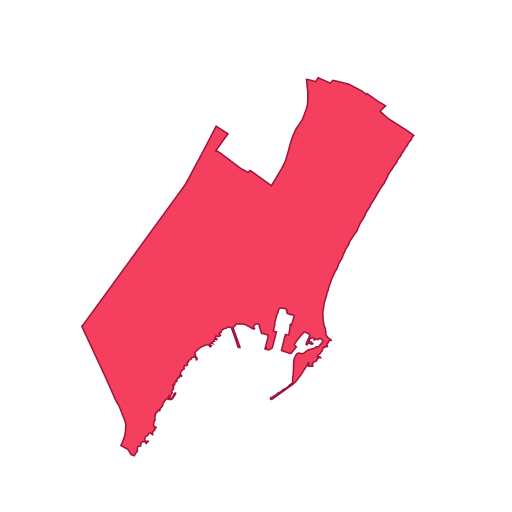 Al Dikhila, Al Iskandariyah, Egypt, rotated 162°
{"feature_id": "37247803B81947016112808", "entity_name": "Al Dikhila", "entity_type": "district", "adm_level": 2, "iso_a3": "EGY", "parent_name": "Egypt", "parent_adm1": "Al Iskandariyah", "projection": "mercator", "projection_center": [29.797, 31.119], "detail": "fine", "context": "isolated", "style": "filled", "palette": "rose", "viewbox_px": 512, "rotation_deg": 162, "n_neighbors": 0, "source": "geoboundaries", "source_scale": "gbopen_adm2", "svg_char_len": 6138}
<svg xmlns="http://www.w3.org/2000/svg" viewBox="0 0 512 512"><g transform="rotate(162 256 256)"><path d="M442.9,243.3L443.4,243.0L436.4,185.6L434.2,163.7L433.8,160.9L432.6,155.7L431.6,139.5L431.9,136.1L434.1,130.2L436.6,125.3L440.2,120.6L443.1,117.5L437.6,111.7L436.2,105.7L433.3,103.6L432.7,104.5L428.8,107.4L428.5,109.2L427.6,110.9L426.4,111.3L424.6,110.9L424.2,111.2L423.9,112.4L423.1,113.6L422.0,114.3L421.2,114.4L418.6,113.4L418.4,113.2L418.6,112.1L418.1,111.6L417.6,112.0L417.8,112.8L415.7,112.9L415.6,113.1L416.8,113.6L417.8,113.6L418.5,114.5L418.5,115.9L418.2,116.5L417.4,117.7L416.2,118.6L414.6,118.7L413.1,120.0L411.8,120.5L411.0,120.4L410.7,119.5L409.7,118.1L409.3,118.0L409.4,119.4L408.5,120.4L407.2,121.4L405.7,122.0L405.8,122.8L405.5,123.7L404.8,124.0L404.0,123.6L403.9,123.9L405.5,125.2L405.7,125.7L405.4,127.6L404.0,130.1L403.5,130.7L402.9,130.7L401.8,134.4L401.2,135.7L400.8,135.6L400.6,136.1L400.7,136.4L400.2,137.1L399.2,137.9L398.8,137.7L397.3,139.1L396.1,139.2L395.5,138.5L395.2,138.7L395.0,138.9L394.9,139.9L391.5,142.1L391.1,142.9L390.3,143.6L389.8,144.7L385.6,147.7L385.1,147.8L382.4,146.1L380.8,145.7L379.8,145.9L375.6,149.2L375.0,149.7L374.8,150.4L375.1,150.7L376.0,150.5L379.8,146.9L380.9,146.7L382.1,146.8L381.3,148.1L382.0,147.5L383.3,148.3L382.2,150.0L380.8,149.0L377.9,152.0L378.3,152.9L377.4,154.0L377.1,154.4L376.1,154.5L375.6,155.1L375.2,156.3L375.4,156.6L374.8,157.1L375.3,157.6L375.2,158.3L374.6,158.7L373.7,158.5L373.4,159.0L373.7,159.4L372.7,159.4L372.6,160.2L371.9,161.3L370.1,161.2L370.4,162.0L370.2,162.6L369.3,162.7L368.6,163.9L366.7,164.1L366.5,164.4L366.9,164.8L365.5,165.8L364.1,164.5L363.7,164.7L363.7,165.4L364.4,166.7L364.2,168.1L361.5,170.2L358.9,171.0L359.0,172.3L358.4,173.3L357.7,173.8L356.9,173.4L355.4,173.3L355.2,174.1L354.7,174.2L355.0,174.6L354.4,176.1L353.8,176.3L353.2,176.1L353.2,176.6L352.7,177.1L349.2,178.2L348.7,178.9L347.1,179.2L345.5,179.2L345.3,179.0L344.6,176.3L344.7,175.6L344.1,175.8L343.7,176.9L344.6,179.8L344.0,180.9L344.3,182.4L343.7,183.3L342.1,184.2L336.7,186.3L331.8,186.9L330.1,186.7L328.4,186.0L327.9,184.1L327.5,183.7L326.0,184.6L327.0,185.6L326.6,186.6L325.5,187.2L324.4,186.3L324.7,187.1L324.5,187.4L322.8,187.8L321.9,187.7L322.2,188.7L321.2,189.3L321.2,189.8L320.9,190.2L320.0,190.1L319.9,188.9L319.1,188.5L318.9,189.4L319.6,190.3L319.7,191.1L319.5,191.8L318.8,192.4L318.1,192.3L317.8,191.5L315.7,190.9L314.1,191.8L314.9,193.2L314.8,193.9L313.9,194.4L312.8,194.1L312.4,195.2L311.3,196.0L309.1,196.7L306.5,196.5L304.8,197.2L302.4,196.0L301.6,195.2L301.2,183.6L301.3,175.1L300.9,174.5L299.6,173.8L299.4,174.5L300.0,195.1L297.9,195.8L296.3,197.1L295.5,197.3L294.5,197.0L288.7,195.0L286.2,192.9L281.6,187.9L281.4,188.2L280.4,187.1L280.3,187.3L281.2,188.3L280.9,188.6L280.0,187.6L279.8,187.7L280.8,188.7L279.5,190.1L277.7,191.5L276.1,191.2L274.8,190.6L274.4,190.1L274.7,180.7L272.0,179.2L268.9,176.9L270.2,174.2L276.2,164.9L275.6,164.5L275.2,164.7L275.4,164.4L273.5,163.0L272.6,162.7L268.9,163.6L260.0,177.5L262.3,178.9L262.6,179.5L261.7,180.7L260.8,182.7L259.6,184.1L259.2,185.9L256.9,189.7L254.2,193.8L252.4,195.6L251.4,197.6L249.8,198.8L248.0,198.9L247.0,198.1L244.2,196.9L243.7,196.1L244.0,195.4L243.2,194.6L243.8,193.8L243.7,193.4L244.2,192.5L243.7,191.5L241.6,190.1L241.8,189.8L241.5,189.6L241.1,189.9L239.7,188.8L239.2,188.8L238.3,187.4L238.7,186.5L243.6,179.4L244.1,180.4L244.7,180.3L245.7,177.5L249.3,170.8L249.7,170.8L252.1,172.3L252.9,171.4L261.0,158.2L253.8,152.8L252.6,152.6L245.7,157.1L246.9,159.5L246.7,160.4L240.5,164.8L234.1,168.7L232.1,167.8L231.0,166.8L229.6,165.0L229.3,163.8L234.8,157.9L234.7,157.5L235.7,156.6L235.0,155.7L233.9,156.6L232.5,156.7L230.3,154.8L229.6,154.8L229.1,155.1L229.6,155.6L229.7,156.8L231.3,158.0L231.9,158.8L230.3,160.5L229.4,160.7L228.8,161.3L228.3,160.8L227.6,161.0L226.1,159.4L226.8,158.3L226.6,158.1L225.6,159.1L224.7,158.1L222.5,157.3L220.7,158.1L219.8,157.0L218.8,155.1L218.7,154.1L221.6,152.1L221.9,152.2L224.2,150.4L226.7,151.0L229.5,150.2L235.4,150.6L240.5,148.9L242.0,148.7L242.9,149.0L245.3,150.6L247.9,150.1L251.1,147.0L252.5,144.6L257.2,131.8L258.9,128.4L260.4,124.2L262.9,123.1L263.8,123.1L265.0,122.1L267.2,121.4L269.9,120.6L270.5,120.8L271.3,120.7L272.5,119.9L276.2,118.9L277.7,118.9L278.9,118.1L282.1,117.2L286.2,116.5L286.4,115.3L285.7,114.8L284.9,114.8L260.5,122.6L256.7,124.4L249.8,129.2L239.0,138.2L238.5,137.7L238.8,137.5L239.0,137.7L240.6,136.3L240.0,135.9L240.2,135.0L239.0,134.5L238.1,134.5L237.2,133.8L236.1,133.6L235.8,134.2L236.1,135.6L235.3,135.9L234.4,137.1L232.8,137.6L231.8,137.3L231.0,137.4L229.8,138.7L227.7,139.9L226.0,139.3L226.4,140.4L227.2,140.6L228.0,141.4L228.3,141.2L228.1,140.6L228.8,140.8L228.6,141.8L227.6,142.6L225.7,143.1L222.4,145.4L220.6,147.8L219.7,148.2L218.7,147.8L218.2,148.4L217.7,148.4L216.0,147.7L215.8,148.1L216.2,149.2L215.4,150.7L214.1,151.2L213.6,152.2L212.7,152.8L210.5,152.5L210.6,153.1L212.8,156.1L213.8,159.5L213.0,162.5L212.5,165.2L212.7,169.8L211.6,175.6L209.7,182.2L208.6,184.4L207.5,186.0L207.2,187.3L204.6,191.7L200.5,197.5L199.8,199.2L198.0,201.0L196.6,203.4L191.4,210.3L185.1,217.2L183.9,218.0L181.0,221.2L179.9,223.0L174.2,228.0L172.9,230.0L170.4,232.5L168.6,234.8L163.8,238.7L162.8,240.5L155.6,246.3L152.2,248.6L149.9,251.5L146.1,255.6L143.3,257.7L139.5,261.2L138.4,262.9L132.8,267.4L131.0,269.2L130.4,270.1L127.7,272.0L115.6,282.8L112.0,285.2L109.6,287.8L106.9,290.2L104.2,293.4L99.6,296.7L97.4,298.7L93.1,301.6L92.5,302.7L91.2,304.0L89.1,305.6L87.8,306.1L85.7,308.5L83.9,309.6L80.2,313.0L78.0,314.3L75.8,316.6L72.5,318.6L71.0,320.6L68.6,321.9L73.3,328.3L87.8,345.9L89.9,349.3L93.2,355.3L86.4,358.8L92.3,365.5L100.2,376.1L101.1,375.5L104.1,379.9L114.6,390.7L125.8,397.7L128.6,399.3L132.0,397.5L141.8,406.4L145.2,403.4L153.1,408.4L153.4,408.4L156.1,396.1L157.9,390.2L160.4,383.8L162.6,380.4L169.8,371.4L178.8,364.4L184.2,358.4L187.2,354.4L195.3,342.1L198.8,337.1L205.6,330.3L219.6,318.1L234.8,338.8L235.6,339.3L237.2,337.9L237.8,338.1L243.4,343.9L258.1,364.9L260.3,367.7L261.4,368.0L261.8,368.5L244.9,380.9L253.8,391.8L272.7,373.1L301.2,345.8L442.4,243.4L442.9,243.1L442.9,243.3Z" fill="#f43f5e" stroke="#9f1239" stroke-width="1.5"/></g></svg>